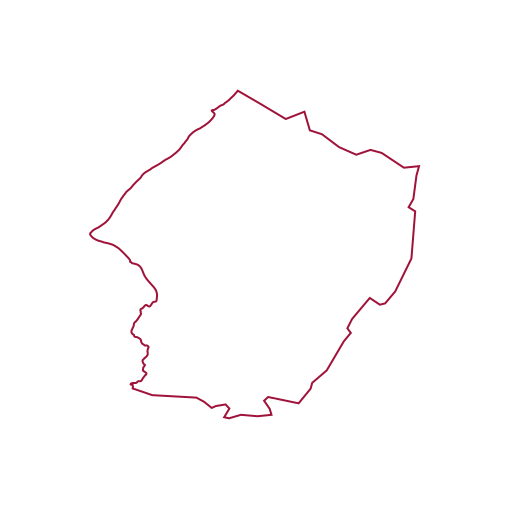 outline of Gavar, Gegharkunik, Armenia, rotated 227°
{"feature_id": "60910142B38789049969589", "entity_name": "Gavar", "entity_type": "district", "adm_level": 2, "iso_a3": "ARM", "parent_name": "Armenia", "parent_adm1": "Gegharkunik", "projection": "mercator", "projection_center": [45.138, 40.338], "detail": "fine", "context": "isolated", "style": "outline", "palette": "rose", "viewbox_px": 512, "rotation_deg": 227, "n_neighbors": 0, "source": "geoboundaries", "source_scale": "gbopen_adm2", "svg_char_len": 6006}
<svg xmlns="http://www.w3.org/2000/svg" viewBox="0 0 512 512"><g transform="rotate(227 256 256)"><path d="M124.1,229.7L133.7,262.0L135.1,272.9L140.8,273.5L144.4,283.3L147.0,304.6L147.7,310.6L135.9,313.4L133.3,318.1L133.3,318.4L133.4,319.4L134.7,330.1L135.1,333.6L148.2,368.0L180.1,402.9L187.6,400.9L190.4,410.0L205.4,428.2L210.5,436.5L219.7,424.4L245.7,418.2L255.5,412.1L261.7,398.4L279.0,391.0L300.0,387.3L311.2,381.1L328.5,389.8L335.9,371.2L365.6,362.6L389.3,355.4L389.0,352.9L388.6,348.8L388.6,347.6L388.6,346.0L388.6,344.3L388.5,343.0L388.6,341.2L388.8,339.3L389.1,337.6L389.0,336.2L389.1,335.5L389.2,334.9L389.4,334.3L390.0,333.2L390.2,332.3L390.4,331.3L390.7,328.1L390.9,327.1L391.1,326.1L391.3,325.3L391.6,324.7L391.9,324.3L392.2,324.0L392.4,323.6L392.6,323.1L392.5,322.8L392.4,322.7L392.0,322.6L391.2,322.7L389.7,322.8L389.1,322.8L388.4,322.7L388.0,322.4L387.6,322.1L387.2,321.4L387.0,320.9L386.5,318.8L386.2,316.6L386.1,314.8L386.0,313.0L386.2,310.6L386.6,307.1L386.8,306.2L387.0,305.2L387.2,304.2L387.5,302.1L387.7,301.6L388.1,300.4L388.4,299.7L388.8,298.1L389.0,297.1L389.3,295.2L389.4,294.3L389.4,292.8L389.4,290.7L389.3,289.0L389.1,288.1L388.8,287.2L388.2,285.7L388.1,285.1L388.0,284.4L387.9,283.1L387.8,282.6L387.6,281.7L387.4,281.0L387.3,279.8L387.2,278.2L387.1,277.6L386.6,275.3L386.4,274.3L386.3,273.4L386.1,272.4L386.1,271.4L386.1,270.4L386.1,268.1L386.5,263.0L386.6,262.1L386.7,261.1L387.1,259.3L387.6,257.1L388.1,255.5L388.3,254.3L388.5,253.0L388.7,251.8L388.8,250.5L388.9,250.0L389.3,247.8L389.8,245.6L390.8,241.7L391.2,240.1L391.3,239.1L391.4,238.2L391.4,237.6L391.8,236.0L392.0,235.0L392.3,233.8L392.6,232.4L392.7,231.4L392.8,230.1L392.7,228.1L392.6,227.3L392.4,226.7L392.1,225.6L391.9,224.7L391.9,223.6L391.9,221.6L391.9,219.1L391.7,215.8L391.6,214.5L391.3,212.4L391.2,211.5L391.1,210.4L391.1,209.4L391.2,208.6L391.3,205.6L391.3,204.5L390.9,202.9L390.8,202.4L390.7,201.7L390.6,201.0L390.5,200.1L390.1,198.7L390.0,198.0L389.9,197.2L389.7,196.4L389.0,194.2L388.3,192.3L387.9,191.0L387.6,189.8L387.3,188.8L386.7,185.9L386.2,184.2L386.0,183.3L385.9,182.5L385.4,180.5L384.7,178.5L384.4,177.5L384.1,176.4L383.8,175.3L383.6,174.3L383.4,173.1L383.3,172.4L383.3,171.5L383.2,170.1L383.2,169.4L383.2,168.4L383.3,167.4L383.6,165.5L383.8,163.9L384.2,161.3L384.3,160.4L384.7,159.2L385.2,157.7L385.6,155.9L385.8,155.2L385.8,154.5L385.9,153.5L385.9,152.9L385.7,151.5L385.7,151.0L385.7,150.4L385.6,150.1L385.4,149.8L385.0,149.5L384.5,149.3L383.9,149.2L382.8,149.1L382.2,149.1L381.3,149.1L380.3,149.2L378.7,149.6L377.4,150.0L376.4,150.4L375.2,150.9L374.1,151.5L373.3,152.0L372.1,152.8L371.4,153.2L369.7,154.0L367.9,155.3L367.1,155.9L364.7,157.4L362.3,158.7L361.2,159.2L360.3,159.5L359.1,159.8L356.7,160.5L355.2,160.8L352.9,161.0L351.1,161.1L349.2,161.2L342.4,161.3L341.4,161.3L339.8,161.2L339.2,161.1L338.7,161.0L338.4,160.8L337.7,160.0L337.3,160.1L336.9,160.3L336.5,160.4L335.8,160.4L335.4,160.4L335.1,160.6L334.5,160.9L333.4,161.8L332.0,162.6L331.5,162.9L330.8,163.3L330.0,163.6L329.2,163.8L328.4,163.9L327.5,164.0L326.6,163.9L325.7,163.8L325.0,163.7L324.2,163.4L323.5,163.2L320.1,161.9L317.9,161.1L316.9,160.9L314.9,160.5L313.9,160.4L311.8,160.2L307.7,160.1L302.9,160.0L301.9,159.9L301.0,159.8L300.4,159.7L298.6,159.2L297.9,158.9L297.2,158.5L296.5,158.1L295.6,157.6L294.9,157.0L294.1,156.2L293.4,155.4L292.8,154.7L291.5,153.2L291.3,152.9L291.1,152.5L291.0,152.1L291.1,151.7L291.2,151.4L292.2,149.9L292.3,149.6L292.4,149.3L292.4,148.4L292.3,148.0L292.1,147.1L291.8,145.9L291.6,144.9L291.5,144.4L291.6,144.0L291.8,143.6L292.0,143.4L292.3,143.2L292.7,143.0L294.4,142.6L294.8,142.5L295.0,142.3L295.3,142.0L295.4,141.5L295.5,141.0L295.4,139.8L295.2,138.6L295.2,137.6L295.3,137.2L295.4,136.7L295.5,136.3L295.7,135.9L295.7,135.6L295.7,135.2L295.5,134.9L295.3,134.6L294.7,134.1L293.9,133.8L293.1,133.0L292.8,132.8L292.5,132.7L292.2,132.5L292.0,132.2L291.8,131.8L291.6,131.2L291.4,130.1L291.0,128.5L290.7,127.2L290.4,126.2L290.3,125.0L290.1,124.4L290.1,124.0L290.1,123.5L290.1,123.1L290.2,122.6L290.2,122.1L290.0,121.3L289.8,120.7L289.5,120.3L288.9,119.6L288.6,119.2L288.3,118.7L287.9,118.1L287.3,116.3L287.0,115.7L286.8,115.2L286.3,114.0L285.8,113.5L285.5,113.2L284.9,112.8L284.4,112.6L283.7,112.5L283.1,112.6L282.6,112.6L282.2,112.7L281.8,112.8L281.5,112.9L280.7,112.4L280.4,112.3L280.1,112.3L279.7,112.3L279.3,112.4L278.9,112.7L278.1,113.4L277.7,113.7L275.8,114.4L274.7,114.6L274.0,114.7L273.3,114.6L272.8,114.4L272.1,113.9L271.6,113.6L271.2,113.4L270.6,113.2L270.0,113.1L269.4,113.1L269.0,113.1L268.0,113.4L267.3,113.6L266.6,113.6L266.2,113.8L265.8,114.1L265.6,114.4L265.4,114.7L265.2,115.0L264.6,115.4L264.3,115.5L263.0,115.4L262.7,115.4L262.5,115.2L262.3,114.8L262.2,114.5L262.1,114.0L261.8,113.6L261.5,113.1L260.9,112.3L260.5,111.8L259.6,111.1L259.0,110.7L258.5,110.3L258.1,109.9L257.8,109.4L257.5,109.0L257.4,108.4L257.3,107.7L257.2,106.0L257.3,105.2L257.2,103.0L257.1,102.0L256.9,101.7L256.7,101.5L256.0,101.0L255.5,100.8L254.9,100.6L254.4,100.4L253.9,100.3L253.5,100.3L253.0,100.3L252.2,100.5L252.0,100.3L251.8,100.1L251.6,99.3L251.5,98.2L251.3,97.5L250.9,97.0L249.9,95.7L249.5,95.3L249.0,95.2L248.5,95.2L247.6,95.6L245.8,95.9L245.3,95.9L244.9,95.8L244.6,95.5L244.4,95.2L244.2,94.9L244.3,94.4L244.4,93.9L244.3,92.8L244.1,92.3L244.0,91.7L244.0,91.2L243.9,90.6L243.6,89.3L243.1,87.9L243.0,87.5L243.0,87.1L243.0,86.8L243.1,86.4L243.4,86.0L243.7,85.5L244.5,84.8L244.7,84.5L244.9,83.6L244.9,83.2L244.8,82.3L244.9,82.0L245.0,81.6L245.7,80.8L246.7,79.8L247.2,79.3L247.5,78.9L247.6,78.5L247.7,78.1L247.9,77.3L247.8,77.0L247.7,76.8L247.6,76.7L247.4,76.7L247.2,76.9L246.8,77.7L246.6,77.9L246.4,78.0L246.1,78.0L245.9,77.9L245.7,77.6L245.4,77.4L244.9,77.3L244.7,77.2L244.4,76.9L244.2,76.5L243.5,76.0L243.4,75.8L243.2,75.5L225.0,85.2L193.1,115.8L184.8,118.6L175.1,120.0L173.7,124.2L168.2,132.5L162.6,132.5L159.8,122.8L155.7,125.6L150.1,136.7L137.7,147.9L129.3,159.0L134.9,161.8L144.6,163.2L144.6,168.7L119.2,186.7L121.7,205.4L124.9,210.6L124.1,229.7Z" fill="none" stroke="#9f1239" stroke-width="2"/></g></svg>